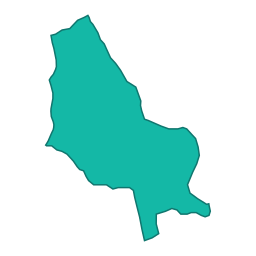 outline of Kilju, Hamgyŏng-bukto, North Korea
{"feature_id": "82179303B12447049329197", "entity_name": "Kilju", "entity_type": "district", "adm_level": 2, "iso_a3": "PRK", "parent_name": "North Korea", "parent_adm1": "Hamgyŏng-bukto", "projection": "equal_earth", "projection_center": [129.165, 41.006], "detail": "fine", "context": "isolated", "style": "filled", "palette": "teal", "viewbox_px": 256, "rotation_deg": 0, "n_neighbors": 0, "source": "geoboundaries", "source_scale": "gbopen_adm2", "svg_char_len": 1314}
<svg xmlns="http://www.w3.org/2000/svg" viewBox="0 0 256 256"><path d="M208.8,203.8L206.6,204.3L197.6,198.7L190.0,193.1L187.5,184.7L192.7,172.1L196.7,163.8L199.3,155.4L198.1,147.0L195.6,138.6L191.8,134.5L186.7,128.9L182.9,127.5L177.8,128.9L168.8,128.9L161.1,126.1L154.7,123.3L148.3,120.5L144.5,119.2L141.7,110.9L140.5,105.6L140.8,101.0L135.8,87.1L126.9,81.5L120.6,70.4L115.6,63.4L110.5,57.8L106.7,49.5L104.2,43.9L100.4,39.7L97.9,32.8L92.9,24.4L90.4,21.6L89.1,17.5L87.9,15.4L84.0,17.5L77.6,20.3L72.4,25.8L69.8,28.6L62.1,30.0L55.6,34.2L51.0,35.4L52.3,42.7L53.9,48.4L56.2,60.0L56.4,66.7L55.6,69.4L53.4,74.3L51.1,77.0L49.3,80.0L51.0,85.5L52.9,93.0L52.9,98.5L51.0,108.8L50.9,111.4L51.3,116.5L53.3,121.8L53.9,124.7L53.7,127.5L53.2,129.8L51.5,133.3L48.2,141.0L46.6,143.7L45.7,145.1L46.6,145.8L51.7,145.8L56.8,149.9L61.9,151.3L67.0,154.1L73.4,161.1L77.2,166.7L79.7,169.5L83.6,170.8L86.1,176.4L88.6,180.6L93.7,184.8L98.8,184.8L106.5,184.8L112.9,189.0L118.1,187.6L123.2,187.6L129.6,187.6L133.4,190.4L134.7,197.3L137.1,207.1L139.6,216.9L142.0,229.5L144.5,240.6L152.2,237.8L158.7,233.6L156.2,223.9L156.3,214.1L165.4,211.3L171.8,208.5L176.9,209.9L180.8,214.1L187.2,214.1L191.1,212.6L196.2,212.6L201.3,215.4L205.1,216.8L209.0,215.4L210.3,211.2L209.1,205.6L208.8,203.8Z" fill="#14b8a6" stroke="#0f766e" stroke-width="1.5"/></svg>